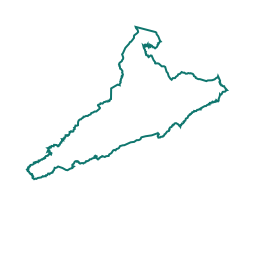 the district of San Juan De Arama, Meta, Colombia, rotated 124°
{"feature_id": "7082276B21683535266968", "entity_name": "San Juan De Arama", "entity_type": "district", "adm_level": 2, "iso_a3": "COL", "parent_name": "Colombia", "parent_adm1": "Meta", "projection": "orthographic", "projection_center": [-73.737, 3.312], "detail": "fine", "context": "isolated", "style": "outline", "palette": "teal", "viewbox_px": 256, "rotation_deg": 124, "n_neighbors": 0, "source": "geoboundaries", "source_scale": "gbopen_adm2", "svg_char_len": 5817}
<svg xmlns="http://www.w3.org/2000/svg" viewBox="0 0 256 256"><g transform="rotate(124 128 128)"><path d="M132.0,112.3L130.4,111.4L128.4,111.7L127.9,111.4L125.0,108.8L120.8,104.2L116.3,100.9L116.3,100.0L115.6,100.1L115.9,98.9L118.1,98.9L119.0,97.4L118.2,96.5L117.5,96.2L117.5,95.9L116.9,95.8L115.7,94.3L115.0,94.4L114.1,93.8L112.9,94.2L111.9,93.7L109.1,93.6L107.5,92.4L106.6,92.9L106.1,92.6L105.4,93.4L103.9,93.4L102.9,92.5L101.2,92.7L100.8,92.2L100.1,92.5L99.5,91.8L98.2,91.9L97.1,90.9L96.9,88.4L97.6,86.3L97.0,86.0L97.3,85.5L96.1,86.0L95.8,85.5L94.3,85.8L94.2,85.4L93.2,84.9L92.3,84.9L92.0,85.3L91.6,84.9L91.0,85.3L89.8,84.6L87.9,85.3L86.3,84.3L84.1,84.8L82.9,84.1L82.5,84.4L81.7,83.9L81.6,84.2L79.7,83.3L79.2,83.6L77.7,82.5L77.0,82.7L76.9,82.1L76.5,82.0L75.8,80.9L74.3,80.8L73.5,79.8L72.5,79.4L72.4,78.8L71.7,78.8L71.7,78.3L71.0,78.6L70.7,78.1L70.0,78.2L67.0,76.7L66.2,75.6L64.7,75.3L63.7,74.4L63.2,74.5L63.0,73.9L62.6,74.3L62.1,74.2L62.3,74.0L62.1,73.8L61.7,74.0L61.5,73.4L61.1,73.6L60.0,72.6L59.5,72.7L59.4,72.1L58.8,72.2L58.9,71.7L58.0,70.7L56.8,70.7L56.8,70.1L56.4,70.2L56.6,69.9L55.9,69.8L56.2,69.4L55.0,68.5L55.2,68.2L54.7,68.1L53.1,69.1L50.1,69.8L48.6,70.6L48.8,69.8L47.8,69.3L45.1,69.7L43.6,67.9L42.3,67.7L41.6,67.3L41.5,67.6L41.2,67.2L40.2,70.9L39.6,71.6L40.4,73.1L40.0,74.0L40.5,74.7L39.5,76.1L39.9,76.3L38.8,77.9L38.3,77.6L37.4,78.0L34.7,82.3L36.1,81.8L36.8,82.7L39.3,83.4L41.4,85.0L44.0,88.5L45.3,89.2L47.3,95.8L48.2,97.1L48.6,99.8L47.9,100.6L48.1,102.4L47.3,103.2L46.9,104.6L47.6,106.8L48.1,107.1L48.8,108.8L49.9,109.4L50.7,110.5L50.6,112.2L51.3,113.1L51.6,114.8L54.0,115.2L55.5,116.4L56.7,116.1L58.8,116.9L60.3,116.9L61.7,118.8L63.6,118.8L63.5,120.3L62.3,123.3L60.2,125.8L59.8,127.5L56.6,131.3L56.7,132.7L58.0,134.5L57.4,138.4L57.7,139.4L59.2,141.4L59.1,141.8L58.2,142.4L57.5,144.6L54.8,148.9L55.2,149.8L57.7,150.5L57.5,151.3L56.7,152.1L57.4,153.6L57.2,154.1L56.3,154.5L55.9,155.6L54.8,155.7L54.5,157.0L53.7,157.6L52.9,159.5L51.2,161.4L51.5,159.5L50.5,158.9L50.5,159.8L49.7,159.9L49.6,160.6L49.3,160.5L48.6,159.1L49.1,158.7L49.1,157.8L48.7,158.4L47.5,158.5L48.3,157.8L47.6,156.7L49.2,156.7L49.5,156.0L48.5,156.3L48.3,154.9L47.6,155.3L47.3,154.7L46.6,155.7L46.4,154.1L47.1,152.4L46.6,151.9L46.8,150.1L44.7,149.4L42.7,149.6L42.5,150.0L41.1,149.7L40.8,150.4L39.8,149.8L38.7,149.9L38.0,149.3L37.7,150.4L35.0,154.3L34.3,156.6L33.1,157.9L33.1,158.9L39.9,178.2L40.6,177.3L41.4,174.7L42.7,173.3L44.1,173.4L47.6,174.6L48.4,174.5L50.0,173.4L54.7,173.7L55.7,174.4L57.6,174.2L63.0,175.0L68.9,174.0L70.2,174.1L72.1,171.5L73.4,170.7L75.2,170.8L76.0,170.5L78.7,171.4L80.2,171.1L80.3,170.5L81.3,170.1L81.2,169.5L83.2,167.7L83.0,166.8L83.9,164.5L84.8,163.9L85.3,163.9L86.4,162.2L87.6,161.8L88.0,162.2L88.4,161.7L88.8,161.9L89.0,161.4L89.4,161.4L89.1,161.0L89.4,161.3L91.9,161.1L92.4,160.6L93.5,160.4L93.7,160.1L93.9,160.3L94.7,159.5L96.8,159.4L97.2,158.9L97.9,160.9L104.6,164.1L113.5,158.3L114.1,158.8L116.0,158.5L116.3,159.6L117.4,159.5L118.0,161.0L118.8,161.2L119.9,162.4L122.0,162.7L122.9,164.6L123.8,164.4L125.5,165.7L126.1,165.5L127.0,162.5L127.6,162.3L132.0,163.5L133.1,165.0L134.3,165.4L136.2,166.8L137.6,166.6L139.4,167.9L140.2,167.9L140.9,168.5L141.4,169.5L143.2,170.5L143.5,171.2L144.5,171.0L146.2,171.8L147.1,171.8L147.9,172.7L149.3,173.1L151.0,172.7L153.7,171.0L154.7,171.7L155.3,172.9L157.1,172.4L157.9,172.8L158.5,171.6L159.8,172.1L161.4,171.4L162.1,171.9L162.5,173.4L163.4,173.3L163.9,174.2L165.2,173.4L166.9,173.1L167.3,173.6L168.2,173.5L168.4,173.9L168.0,174.6L168.9,175.7L170.1,175.0L171.0,174.9L171.4,175.3L172.4,174.7L172.8,174.9L172.9,175.6L173.7,175.6L174.1,176.3L174.6,175.0L175.1,175.8L175.7,175.3L176.7,175.7L177.4,175.1L178.4,175.7L180.0,175.2L181.0,175.9L181.9,175.4L182.4,175.8L182.1,177.8L183.3,179.9L184.7,179.4L185.6,181.3L187.4,181.0L187.6,181.3L187.3,182.2L188.3,182.6L188.6,182.2L189.6,183.3L189.7,182.1L192.6,181.5L191.6,180.9L190.9,181.0L190.6,180.5L191.8,179.3L192.5,179.3L192.4,178.7L191.7,178.2L191.7,177.4L193.0,177.0L193.0,177.8L193.7,178.7L194.8,178.8L195.4,179.2L196.0,179.0L197.1,180.3L198.5,180.5L199.0,180.0L199.6,180.4L199.7,180.1L200.5,180.5L200.4,181.1L202.2,181.5L202.3,182.1L204.9,182.9L204.6,183.6L204.9,183.9L205.7,183.4L206.2,183.8L206.7,183.6L206.9,184.6L207.9,184.9L207.5,185.2L207.7,185.5L208.8,186.3L209.2,186.1L209.5,186.6L210.3,186.0L211.8,186.6L213.1,188.1L214.3,188.3L214.5,187.8L215.3,187.9L216.2,188.8L217.5,188.5L217.2,187.8L218.7,187.1L218.9,187.5L218.4,188.3L219.0,188.5L219.3,187.6L218.9,187.3L219.8,186.9L219.6,185.5L220.2,184.9L220.2,184.1L220.7,183.3L220.6,182.5L220.2,182.8L219.9,181.9L220.6,181.6L220.5,181.2L220.9,181.0L220.8,180.4L221.2,180.3L221.4,179.5L222.2,179.7L222.9,179.0L222.6,178.0L222.9,177.2L221.7,176.4L221.5,175.6L219.8,174.8L217.5,172.3L216.6,172.1L215.9,171.4L215.5,171.5L215.3,170.7L214.6,170.3L214.0,169.2L213.1,169.6L212.2,168.6L210.4,168.7L210.0,168.0L210.1,167.2L209.0,167.1L207.3,165.7L206.6,166.1L206.0,165.7L205.0,166.1L204.3,165.8L202.1,166.5L202.0,166.0L200.5,164.9L199.0,164.4L197.8,159.9L197.5,156.1L196.8,154.5L194.2,153.3L192.4,151.8L192.1,152.1L191.3,151.8L191.5,152.1L190.8,152.7L190.5,152.5L190.6,152.9L189.5,153.6L187.8,153.0L185.9,153.3L184.9,153.0L184.5,152.4L184.6,151.9L184.2,151.8L184.3,151.2L183.6,151.0L183.8,149.6L184.3,149.2L184.3,147.8L183.5,147.4L182.4,145.9L182.3,145.1L181.2,144.8L180.3,144.0L178.9,144.2L178.1,143.0L176.5,142.2L175.4,142.2L174.4,141.0L173.1,140.6L171.4,138.9L170.4,139.9L169.2,139.6L169.0,138.1L169.9,137.8L170.5,138.0L170.8,135.4L169.8,135.4L169.3,134.7L168.5,134.8L167.3,134.4L166.5,133.6L165.7,133.7L165.0,131.0L163.6,130.4L162.0,128.4L160.5,128.8L158.0,127.7L155.0,127.8L153.9,127.2L153.5,125.8L151.8,125.8L150.9,124.9L149.5,124.3L147.5,124.5L145.2,122.6L144.3,121.4L138.4,117.8L136.0,115.1L133.3,114.1L132.0,112.3Z" fill="none" stroke="#0f766e" stroke-width="2"/></g></svg>